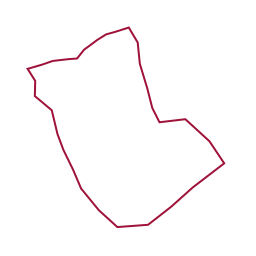 Korakou, Nicosia, Cyprus, rotated 260°
{"feature_id": "46923920B50913956941924", "entity_name": "Korakou", "entity_type": "district", "adm_level": 2, "iso_a3": "CYP", "parent_name": "Cyprus", "parent_adm1": "Nicosia", "projection": "mercator", "projection_center": [32.877, 35.036], "detail": "fine", "context": "isolated", "style": "outline", "palette": "rose", "viewbox_px": 256, "rotation_deg": 260, "n_neighbors": 0, "source": "geoboundaries", "source_scale": "gbopen_adm2", "svg_char_len": 515}
<svg xmlns="http://www.w3.org/2000/svg" viewBox="0 0 256 256"><g transform="rotate(260 128 128)"><path d="M175.6,41.8L158.7,56.0L134.3,57.5L117.6,60.6L96.3,66.7L76.5,71.3L52.1,85.0L32.3,100.3L29.2,130.9L43.0,156.9L58.2,181.4L76.5,216.6L100.8,205.9L126.7,186.0L128.2,160.0L143.5,155.4L163.3,153.9L189.2,150.8L210.5,152.4L226.8,146.2L224.9,132.1L224.0,122.7L220.2,113.3L212.7,98.3L205.3,89.9L206.2,80.5L207.1,65.5L205.3,54.2L203.7,39.4L190.5,44.8L175.6,41.8Z" fill="none" stroke="#9f1239" stroke-width="2"/></g></svg>